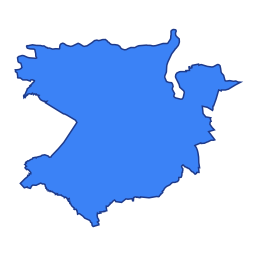 the district of La Piedad, Michoacán, Mexico
{"feature_id": "50627088B97476448699279", "entity_name": "La Piedad", "entity_type": "district", "adm_level": 2, "iso_a3": "MEX", "parent_name": "Mexico", "parent_adm1": "Michoacán", "projection": "orthographic", "projection_center": [-102.084, 20.299], "detail": "fine", "context": "isolated", "style": "filled", "palette": "blue", "viewbox_px": 256, "rotation_deg": 0, "n_neighbors": 0, "source": "geoboundaries", "source_scale": "gbopen_adm2", "svg_char_len": 5638}
<svg xmlns="http://www.w3.org/2000/svg" viewBox="0 0 256 256"><path d="M96.9,40.1L94.5,40.6L91.9,42.7L87.1,45.8L84.1,46.4L83.0,46.0L79.8,44.0L78.1,43.3L72.3,46.1L70.5,46.4L66.5,45.3L64.2,43.7L62.9,43.2L62.3,43.3L60.8,44.0L60.2,44.7L59.8,46.2L59.6,48.6L59.1,48.9L55.8,48.7L52.6,49.1L49.7,48.1L47.4,48.1L47.1,47.5L46.6,47.3L46.1,47.4L45.0,46.5L44.0,45.9L42.4,46.0L40.5,45.5L36.4,45.4L32.5,44.8L29.0,45.5L28.5,45.7L27.0,45.7L26.6,46.1L26.6,46.5L27.1,47.9L27.7,48.3L30.1,48.9L33.9,49.1L34.8,49.6L35.7,53.6L35.8,56.2L36.6,57.6L36.6,58.0L35.7,58.3L29.3,57.8L27.6,57.4L23.8,55.7L22.1,55.5L18.5,56.6L17.5,57.7L18.1,61.7L19.0,62.5L20.8,63.2L21.5,65.4L21.9,67.6L21.2,68.1L21.2,68.4L19.4,69.4L16.7,69.8L15.5,69.8L15.8,70.3L15.4,70.6L15.4,70.9L15.5,71.7L17.1,72.8L17.7,76.2L17.6,77.4L17.9,77.9L20.4,78.0L22.8,79.9L26.9,79.9L30.2,81.1L30.4,80.2L32.1,79.7L34.4,80.6L34.5,80.9L33.4,82.5L32.4,83.1L31.7,84.2L29.3,86.2L31.5,85.4L27.2,88.9L26.9,89.5L27.4,89.0L24.5,95.6L24.0,95.2L23.6,95.9L23.9,97.6L24.3,97.1L25.1,97.6L26.0,96.0L27.3,95.1L27.2,94.7L27.7,94.7L27.9,94.1L29.3,93.7L31.5,94.2L31.7,93.6L32.6,93.2L33.4,94.7L34.6,93.8L35.4,94.1L35.4,94.7L35.1,94.8L36.3,94.9L36.5,94.3L37.2,95.0L39.0,95.4L38.3,96.1L38.6,96.7L40.2,99.3L41.2,100.1L43.2,101.1L44.5,101.2L44.5,101.7L45.1,101.8L46.8,101.4L45.7,102.9L63.1,113.6L63.7,113.9L64.7,114.0L67.3,115.3L75.5,120.2L76.9,122.5L63.8,142.4L58.3,148.8L51.6,155.8L51.1,156.9L49.3,157.3L48.2,156.0L44.8,154.8L42.2,155.2L41.4,155.6L40.7,156.3L39.2,156.5L36.4,157.3L36.1,157.9L35.4,157.3L32.8,157.9L32.4,158.9L30.7,159.5L28.6,160.9L27.6,160.9L27.0,161.6L26.5,161.7L25.7,162.4L26.3,163.1L24.8,164.4L25.3,164.7L25.9,166.1L26.4,166.3L25.2,167.4L25.0,167.8L26.6,169.6L27.5,169.3L29.0,170.3L30.8,172.5L30.8,173.8L29.7,173.9L29.2,173.6L29.2,175.2L27.7,175.4L27.8,176.4L25.0,178.7L20.3,183.4L24.3,187.8L27.1,187.0L27.1,187.4L30.2,188.4L30.6,188.1L31.4,186.4L32.4,185.3L33.1,185.1L36.1,185.3L40.7,183.1L42.5,184.0L43.8,183.9L45.0,184.5L45.5,186.8L46.2,187.6L45.9,188.2L46.6,188.6L46.9,189.2L46.9,189.7L48.2,190.0L48.2,190.9L50.1,190.8L50.1,191.5L52.0,191.4L52.0,191.7L52.9,192.1L54.6,193.1L55.0,193.6L55.7,193.5L55.6,194.4L57.5,193.7L57.5,195.0L61.3,195.1L61.3,195.5L63.0,196.3L64.1,197.1L64.8,197.1L64.7,197.6L65.6,197.2L66.6,197.7L66.9,198.4L68.2,198.9L69.2,198.5L69.3,199.0L67.5,199.4L68.6,201.4L69.6,201.2L69.9,203.4L70.4,203.3L71.4,205.4L72.1,206.3L74.1,207.9L74.0,209.3L74.6,209.5L76.1,209.3L76.6,210.1L76.9,211.0L77.1,211.0L77.6,214.2L78.8,213.6L79.7,213.8L82.9,216.1L84.7,218.1L89.6,220.3L90.3,221.1L90.6,222.1L91.7,222.9L92.2,225.5L93.2,226.5L98.9,224.8L98.7,223.5L97.4,222.0L99.0,220.9L98.5,219.4L97.5,217.7L97.1,215.2L97.4,213.4L97.6,213.7L100.8,213.0L100.1,212.0L104.0,211.6L104.0,211.3L104.9,211.4L105.0,211.1L106.8,210.7L106.3,208.0L106.3,206.2L107.8,206.4L110.2,204.0L110.3,203.1L111.4,203.0L112.9,201.2L114.5,200.0L115.3,200.7L115.7,201.6L121.6,202.4L125.9,198.9L127.9,199.2L132.1,198.7L132.6,200.8L133.4,200.8L133.7,197.7L134.0,197.4L135.4,196.9L136.3,197.0L136.5,197.3L137.8,197.1L137.9,197.4L139.7,197.7L140.2,197.6L140.0,197.3L140.4,196.9L149.1,197.8L156.5,196.5L158.7,196.7L159.3,196.3L159.5,195.6L160.6,194.7L160.7,194.0L161.3,193.9L162.7,192.5L162.2,191.5L162.6,191.0L163.3,190.7L164.5,188.4L166.5,186.5L169.7,184.9L170.5,184.3L170.9,183.6L171.2,183.5L172.3,182.6L172.7,182.4L174.9,182.4L177.6,181.5L178.8,179.9L178.8,177.5L180.6,177.4L181.3,177.1L181.8,175.5L182.0,172.7L182.6,172.1L182.4,171.3L182.8,170.7L182.7,169.7L182.9,169.1L182.7,168.5L182.3,168.2L181.7,167.0L181.6,166.3L182.6,165.1L183.5,165.1L184.6,166.7L185.3,166.6L186.5,167.6L187.5,167.6L188.1,168.4L189.2,168.6L191.7,171.5L193.1,172.1L195.1,174.2L196.5,173.4L196.7,172.5L197.0,172.3L199.0,172.4L198.5,167.6L199.6,167.7L198.8,162.8L198.6,157.0L198.0,153.0L197.4,150.4L196.3,147.6L194.8,145.5L200.8,142.9L201.1,143.5L204.5,143.2L206.9,142.1L207.9,141.8L211.1,140.2L213.7,140.2L214.8,139.8L208.6,131.6L214.4,129.9L212.1,127.5L209.9,124.3L210.0,123.0L210.5,121.4L211.1,121.3L210.4,119.1L210.3,118.7L210.8,117.8L205.5,116.8L205.3,116.3L203.1,113.6L202.3,106.2L207.4,107.3L212.5,110.4L212.9,109.5L212.9,106.5L213.2,105.9L213.6,105.9L216.1,99.0L218.7,90.0L221.2,90.9L221.4,90.0L225.3,90.0L228.5,89.1L235.3,85.0L240.6,82.2L238.0,82.0L235.8,81.0L233.4,81.3L229.7,80.6L227.0,81.0L226.0,81.0L225.2,80.7L224.9,80.1L223.6,75.3L221.6,73.1L221.1,72.0L220.6,68.4L220.0,65.7L218.8,64.7L217.8,64.5L217.1,64.7L213.4,66.7L211.9,67.0L207.4,66.4L201.4,64.6L200.4,64.7L198.9,65.3L198.6,64.1L192.4,65.3L192.4,65.8L191.6,66.1L191.9,67.7L190.0,68.3L189.7,66.7L188.9,66.9L189.5,70.4L185.9,70.6L186.1,71.2L186.5,71.3L186.3,71.6L180.6,71.6L179.4,71.8L176.9,73.0L175.8,74.6L175.5,76.4L175.6,77.4L179.1,84.4L179.8,87.3L183.6,90.7L184.1,91.6L184.3,92.6L183.2,97.6L182.0,99.1L180.8,99.2L175.7,97.9L174.9,97.5L173.8,96.5L174.0,95.2L174.5,94.1L174.6,93.6L172.4,89.5L172.4,88.1L173.1,86.5L172.7,84.6L172.3,83.7L171.6,82.7L168.7,82.4L166.5,81.5L164.7,77.3L164.8,75.9L166.4,72.0L166.7,66.4L166.9,64.9L167.9,61.9L171.7,53.8L175.1,49.3L175.1,49.0L176.0,48.3L177.9,45.9L178.5,44.9L179.3,42.5L179.4,41.6L179.2,38.9L177.1,37.0L175.7,35.4L175.5,33.0L176.2,31.1L175.9,30.1L175.2,29.7L173.5,29.5L172.9,29.6L171.4,30.5L171.0,31.5L171.1,34.5L170.8,36.1L170.7,38.2L170.4,39.2L167.8,43.2L167.1,43.5L163.0,43.5L155.9,45.6L153.7,45.9L152.0,45.8L150.9,45.4L147.2,45.3L146.5,45.1L139.0,45.7L137.2,46.3L134.8,47.6L130.9,47.5L128.3,48.5L126.3,49.6L124.6,49.8L122.2,49.1L120.7,48.0L119.8,46.4L117.8,45.1L114.8,44.6L112.1,44.6L110.8,44.2L109.6,43.3L109.0,42.5L107.7,41.8L107.4,41.1L105.4,39.5L102.4,39.6L100.0,40.4L98.4,40.6L96.9,40.1Z" fill="#3b82f6" stroke="#1e3a8a" stroke-width="1.5"/></svg>